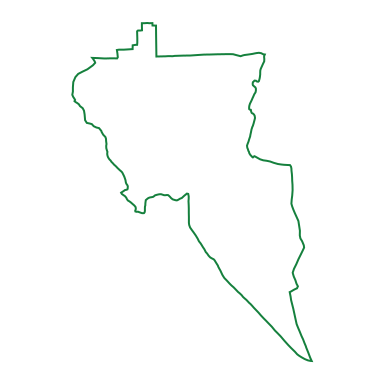 the district of Angkor Borei, Takêv, Cambodia
{"feature_id": "14789045B52246577333094", "entity_name": "Angkor Borei", "entity_type": "district", "adm_level": 2, "iso_a3": "KHM", "parent_name": "Cambodia", "parent_adm1": "Takêv", "projection": "natural_earth1", "projection_center": [104.951, 10.971], "detail": "fine", "context": "isolated", "style": "outline", "palette": "green", "viewbox_px": 384, "rotation_deg": 0, "n_neighbors": 0, "source": "geoboundaries", "source_scale": "gbopen_adm2", "svg_char_len": 5025}
<svg xmlns="http://www.w3.org/2000/svg" viewBox="0 0 384 384"><path d="M264.8,54.5L263.3,54.3L261.2,53.2L258.9,52.8L256.4,53.1L254.3,53.5L253.0,53.8L251.2,54.1L247.7,54.6L245.4,54.9L244.5,55.0L242.9,55.4L240.6,56.2L236.7,55.2L233.0,54.2L228.7,54.1L222.8,54.2L216.7,54.3L210.3,54.5L204.0,54.6L197.9,55.0L190.6,55.5L183.5,55.6L177.5,55.8L174.7,55.9L172.6,56.2L168.5,56.1L165.6,56.3L161.3,56.4L157.0,56.5L156.4,56.5L156.1,35.4L156.0,25.6L152.5,25.5L152.4,23.1L149.3,23.2L147.3,23.0L144.4,23.2L141.9,23.2L141.9,26.2L142.0,30.3L140.7,30.5L138.0,30.5L137.1,31.3L137.3,38.1L137.3,42.7L137.1,44.8L135.2,44.9L132.7,45.3L132.6,49.1L123.3,49.7L118.8,49.7L116.9,50.0L117.4,53.3L117.8,57.2L117.1,58.4L111.4,58.3L104.7,58.5L97.8,58.1L92.3,57.9L93.1,58.9L94.7,61.4L95.2,62.8L92.9,65.3L87.4,69.3L82.4,71.7L78.2,73.9L75.4,77.1L73.3,82.0L72.9,87.2L72.9,91.6L72.3,94.8L73.2,96.9L74.4,98.7L75.1,100.0L74.5,101.1L75.5,102.0L77.0,102.9L78.8,104.2L80.0,106.1L82.7,108.2L84.0,110.7L84.6,114.4L85.1,120.2L86.8,122.9L89.6,123.5L91.8,124.1L93.7,126.2L96.4,127.5L99.0,128.1L101.3,130.9L101.7,132.1L103.2,134.7L105.4,137.0L106.0,138.8L106.1,141.0L106.5,144.0L106.2,145.9L106.3,148.2L107.0,150.7L107.4,151.7L107.2,154.0L107.5,155.7L108.0,157.1L108.8,158.5L109.7,159.7L110.5,160.4L111.4,161.8L112.9,163.3L114.1,164.7L115.4,165.8L116.5,166.9L117.5,168.0L118.9,169.3L119.8,170.2L120.8,171.0L122.2,172.4L123.0,174.0L123.7,175.4L124.3,176.7L124.9,178.4L125.5,180.2L125.8,182.2L126.1,183.2L126.5,184.0L127.5,185.4L127.8,186.4L127.7,188.4L127.4,189.4L126.0,189.9L125.1,190.0L123.4,191.2L122.0,192.1L121.1,192.7L121.8,193.9L123.4,195.1L124.9,196.1L126.2,197.6L126.9,199.1L127.9,200.5L129.3,201.3L130.8,202.4L132.6,204.0L133.9,205.1L134.7,205.9L135.6,207.1L135.8,208.4L135.7,209.5L135.2,210.8L135.4,211.5L136.7,211.8L138.0,211.7L139.3,212.2L140.7,212.7L141.8,213.1L143.0,213.2L144.0,213.1L144.6,212.3L144.9,210.9L144.9,209.5L144.9,207.8L145.0,206.4L145.3,205.5L145.4,203.1L145.6,201.6L145.8,200.1L147.1,199.0L148.4,198.0L150.1,197.4L150.9,197.3L152.0,197.1L153.0,196.9L153.8,196.4L155.1,195.3L157.3,194.7L159.1,194.3L161.0,194.2L162.6,194.7L164.1,195.2L165.6,195.2L167.0,195.0L168.3,195.2L170.0,196.8L170.9,197.9L172.6,199.3L173.8,199.7L175.5,200.2L176.9,200.4L178.4,199.7L180.0,198.7L181.8,198.0L184.3,195.7L186.9,193.6L188.2,193.9L188.7,196.3L188.7,198.5L188.5,201.2L188.7,205.1L188.8,208.7L188.8,212.9L188.9,217.1L188.9,219.7L188.9,222.9L189.2,225.0L190.1,227.5L191.9,230.1L193.6,232.4L195.7,235.4L197.7,238.7L198.9,241.2L199.9,242.5L200.5,243.2L201.4,244.6L202.9,247.1L204.4,249.3L205.8,252.1L207.1,253.5L208.6,255.7L210.2,257.4L211.9,258.4L213.7,259.3L214.6,260.3L215.7,262.1L216.8,263.9L217.9,265.6L218.2,266.6L219.2,268.5L220.4,270.6L221.6,273.2L222.4,274.9L223.5,276.7L224.5,278.2L226.2,279.9L227.7,281.5L229.5,283.5L231.5,285.5L233.6,287.3L236.0,289.8L238.1,292.0L239.7,293.3L241.7,295.2L242.9,296.8L244.5,298.3L246.4,299.9L247.9,301.5L249.3,303.0L250.4,303.9L251.8,305.4L252.6,306.3L253.2,307.0L253.9,307.8L256.3,310.3L258.5,312.6L260.9,315.4L263.8,318.5L265.6,320.3L268.3,323.1L271.8,326.7L274.9,330.5L277.3,332.9L280.7,336.4L284.6,341.0L288.3,345.1L291.1,348.0L294.9,351.7L297.2,354.3L299.2,355.8L301.6,357.3L304.8,359.1L308.0,360.4L310.5,360.9L311.7,361.0L310.2,357.7L308.1,352.2L306.2,347.5L305.9,346.4L304.5,343.1L303.1,339.4L301.5,336.0L299.6,331.3L298.4,328.5L297.3,325.8L296.6,324.0L295.0,316.7L293.3,308.8L291.1,300.1L290.6,296.6L289.7,292.1L290.8,291.6L292.0,290.9L293.3,290.1L295.0,289.2L297.0,288.3L297.9,286.3L296.5,283.7L295.4,280.2L293.8,276.6L293.1,274.3L292.7,272.7L294.0,268.8L296.3,264.2L298.5,259.1L300.7,254.7L302.6,250.8L304.1,247.6L303.8,245.3L302.1,241.2L300.4,238.4L299.8,235.4L299.9,230.7L299.1,225.5L298.4,221.0L296.6,217.0L294.7,212.8L293.4,209.7L292.2,206.5L291.4,203.7L291.7,199.5L292.2,195.7L292.6,190.2L292.5,184.8L292.2,180.7L292.1,177.3L291.9,174.1L291.5,170.7L291.4,168.5L291.0,166.6L290.0,165.1L287.7,165.0L284.1,164.8L281.3,164.5L277.9,164.0L273.7,162.8L270.1,161.5L266.8,160.8L263.2,160.3L260.1,159.3L257.4,157.8L255.3,156.6L254.3,156.2L252.9,157.4L251.8,156.6L251.3,155.8L250.8,155.5L250.3,154.8L249.5,153.6L249.2,152.9L249.0,151.9L248.4,150.9L247.9,149.2L247.3,147.8L247.0,145.7L247.6,143.9L248.5,141.6L249.1,139.5L249.4,138.6L249.6,138.0L250.1,136.6L250.4,134.8L250.9,132.6L251.5,129.5L252.3,127.0L253.0,125.5L253.2,124.7L253.6,123.5L253.9,122.3L254.2,121.2L254.6,119.7L255.0,118.0L254.9,117.2L254.6,115.6L254.0,114.6L253.2,113.7L252.4,113.4L251.7,112.9L251.2,111.7L250.8,109.8L249.8,109.6L249.2,109.1L249.1,108.1L249.2,106.7L249.4,105.5L250.0,103.6L251.0,101.6L251.9,99.7L252.7,97.8L253.1,97.0L253.7,95.6L254.3,94.2L255.5,92.4L255.9,90.6L255.9,88.6L255.4,87.4L254.4,86.6L252.9,85.2L252.7,84.3L252.7,83.4L252.9,82.2L253.4,81.8L254.5,80.6L255.9,80.7L256.9,81.5L258.2,81.7L258.9,81.1L259.6,78.6L259.9,77.0L260.0,76.0L260.2,74.4L260.2,72.7L260.3,70.5L260.7,69.0L261.4,67.4L262.0,66.1L262.6,64.7L263.5,62.8L264.2,61.4L264.3,59.0L264.1,57.0L264.2,55.9L264.8,54.5Z" fill="none" stroke="#15803d" stroke-width="2"/></svg>